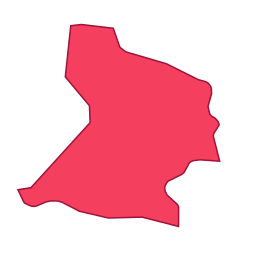 outline of Redbridge, rotated 281°
{"feature_id": "GBR-2074", "entity_name": "Redbridge", "entity_type": "London Borough", "adm_level": 1, "iso_a3": "GBR", "parent_name": "United Kingdom", "parent_adm1": "", "projection": "orthographic", "projection_center": [0.078, 51.584], "detail": "fine", "context": "isolated", "style": "filled", "palette": "rose", "viewbox_px": 256, "rotation_deg": 281, "n_neighbors": 0, "source": "natural_earth", "source_scale": "10m", "svg_char_len": 821}
<svg xmlns="http://www.w3.org/2000/svg" viewBox="0 0 256 256"><g transform="rotate(281 128 128)"><path d="M217.5,52.3L220.7,62.5L223.1,94.5L205.9,104.5L205.3,105.4L202.5,110.9L202.2,112.5L198.4,153.4L188.9,187.7L188.3,195.5L187.9,196.9L187.3,198.2L184.8,201.1L182.7,202.3L177.7,203.5L164.4,202.4L157.4,205.6L155.6,207.9L154.2,211.8L151.4,215.3L149.0,216.7L148.1,216.8L138.9,213.2L136.3,213.3L112.9,224.3L110.5,204.7L108.3,198.1L106.1,195.1L94.8,191.4L92.7,189.6L83.6,177.7L82.7,177.0L78.4,175.4L76.4,175.4L73.2,176.5L69.6,179.2L62.3,191.2L60.1,192.8L41.0,196.4L43.2,158.9L35.9,125.9L37.0,96.1L42.5,77.6L42.9,72.9L41.6,65.8L39.6,61.3L34.0,53.1L33.1,50.8L32.9,49.4L33.0,46.7L34.5,41.2L35.3,40.0L46.4,31.7L50.9,44.1L126.1,89.8L142.5,85.9L166.2,56.7L217.5,52.3Z" fill="#f43f5e" stroke="#9f1239" stroke-width="1.5"/></g></svg>